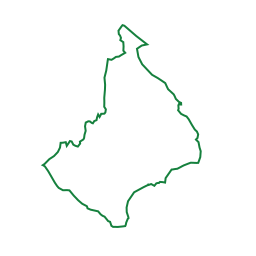 Sanquin Dist #3, Sinoe, Liberia (Natural Earth projection), rotated 191°
{"feature_id": "62588387B80156561530658", "entity_name": "Sanquin Dist #3", "entity_type": "district", "adm_level": 2, "iso_a3": "LBR", "parent_name": "Liberia", "parent_adm1": "Sinoe", "projection": "natural_earth1", "projection_center": [-9.294, 5.279], "detail": "fine", "context": "isolated", "style": "outline", "palette": "green", "viewbox_px": 256, "rotation_deg": 191, "n_neighbors": 0, "source": "geoboundaries", "source_scale": "gbopen_adm2", "svg_char_len": 2233}
<svg xmlns="http://www.w3.org/2000/svg" viewBox="0 0 256 256"><g transform="rotate(191 128 128)"><path d="M204.1,75.2L202.2,74.4L198.1,70.4L192.7,64.2L189.4,60.4L186.6,57.6L184.6,56.0L180.0,54.5L175.9,55.4L173.6,55.6L168.4,51.3L163.2,47.6L158.5,44.9L153.5,43.4L153.3,43.2L152.4,41.4L149.1,40.7L141.4,40.5L138.5,38.1L136.3,37.0L134.1,36.5L129.7,32.8L127.7,32.5L125.6,28.8L125.0,28.6L123.8,28.1L118.9,29.0L114.0,30.5L112.0,31.2L111.7,32.7L111.7,34.8L110.9,38.8L110.3,39.5L110.6,40.5L113.2,45.2L114.2,49.7L114.0,56.1L113.7,56.8L110.3,64.7L110.2,65.0L109.7,66.1L107.5,67.9L101.3,73.0L98.8,74.9L97.7,75.7L97.4,76.3L96.9,76.0L94.6,77.4L91.1,76.3L89.6,79.1L87.8,79.9L87.2,79.9L86.3,81.2L83.4,81.5L81.2,81.5L81.4,85.0L81.5,85.6L81.5,86.0L77.3,95.5L77.1,95.5L73.7,96.8L71.8,97.4L68.4,100.1L68.1,100.4L66.3,101.8L66.2,101.9L64.3,103.1L61.3,105.0L59.8,105.9L59.2,106.0L54.0,106.8L52.4,107.2L51.5,113.2L52.2,119.1L54.0,122.4L56.1,127.6L59.1,129.6L58.5,130.6L57.9,131.4L57.9,135.1L59.7,137.7L61.5,138.8L62.4,139.5L66.0,143.4L70.1,148.2L72.7,150.5L75.2,151.0L78.6,152.0L82.2,155.0L82.0,156.6L82.9,159.9L82.3,162.0L81.4,162.2L81.4,161.0L80.3,161.2L80.7,162.8L82.9,163.3L86.6,165.7L88.1,167.9L89.5,169.7L96.0,173.7L97.3,175.4L100.0,179.2L108.3,182.7L114.5,184.8L126.2,193.2L131.3,199.7L134.3,207.5L130.2,211.6L125.2,213.7L137.5,219.9L151.1,227.7L153.0,227.9L153.7,226.6L155.9,221.7L154.9,218.4L153.5,217.3L152.1,215.1L152.3,212.8L149.8,211.7L149.0,211.4L147.9,207.2L147.3,203.0L145.1,201.3L149.0,197.9L150.5,196.4L153.4,195.5L155.3,193.5L157.2,191.8L160.8,191.8L160.8,190.5L160.3,180.2L160.7,172.9L158.7,166.0L157.9,160.9L157.1,153.4L156.9,152.3L156.5,150.5L156.0,148.0L155.5,145.0L155.4,144.3L153.3,142.1L153.2,139.0L153.9,137.6L154.9,137.3L157.0,136.8L157.0,136.6L158.0,133.4L159.9,135.6L160.4,132.6L160.4,129.7L162.4,128.4L163.4,125.9L164.6,126.1L166.7,127.2L168.3,127.0L168.5,126.8L170.5,125.3L170.5,121.5L169.0,117.1L169.4,113.1L169.2,109.8L169.5,108.6L169.7,108.2L172.6,105.4L172.0,103.6L173.7,100.2L176.3,100.5L178.5,101.2L180.7,104.0L182.5,104.1L183.7,101.2L184.7,98.8L186.4,102.2L189.2,101.1L191.3,100.6L191.0,95.8L192.3,91.0L195.3,86.3L199.3,82.4L203.0,76.8L204.5,75.3L204.1,75.2Z" fill="none" stroke="#15803d" stroke-width="2"/></g></svg>